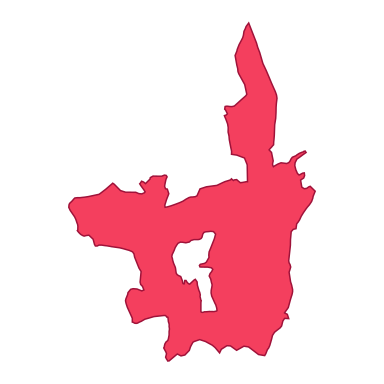 the district of Kafr Al-Shaykh, Kafr ash Shaykh, Egypt
{"feature_id": "37247803B58059087530492", "entity_name": "Kafr Al-Shaykh", "entity_type": "district", "adm_level": 2, "iso_a3": "EGY", "parent_name": "Egypt", "parent_adm1": "Kafr ash Shaykh", "projection": "albers", "projection_center": [30.959, 31.2], "detail": "fine", "context": "isolated", "style": "filled", "palette": "rose", "viewbox_px": 384, "rotation_deg": 0, "n_neighbors": 0, "source": "geoboundaries", "source_scale": "gbopen_adm2", "svg_char_len": 6046}
<svg xmlns="http://www.w3.org/2000/svg" viewBox="0 0 384 384"><path d="M248.7,23.0L246.1,26.5L245.2,28.9L244.0,31.3L243.4,35.3L242.7,37.7L241.5,40.1L239.1,44.6L237.2,49.5L236.9,51.0L235.1,55.5L236.2,61.6L236.8,65.0L237.7,68.6L238.0,71.7L238.8,73.8L244.7,84.5L246.8,94.3L245.8,95.8L241.0,100.0L234.4,106.0L232.0,106.6L229.6,106.5L227.5,106.2L226.3,106.2L225.1,106.5L224.7,109.2L225.6,110.1L227.4,113.8L226.2,115.0L225.3,115.3L224.4,115.6L224.7,116.5L225.8,119.0L227.6,123.9L228.2,127.5L228.1,132.1L229.0,136.0L229.3,139.7L230.7,147.0L231.0,148.5L231.3,149.7L231.6,151.6L231.5,154.3L236.8,155.1L244.5,158.0L247.2,164.8L247.5,181.7L246.9,181.6L242.7,182.4L240.3,182.7L237.3,180.2L236.7,179.6L234.3,179.9L233.4,180.5L231.4,178.8L230.7,179.8L228.0,180.7L225.0,181.6L222.3,182.8L216.9,185.4L214.5,185.7L206.4,186.8L202.7,188.0L200.0,188.9L199.1,191.0L197.0,195.8L195.2,196.7L192.5,197.0L191.0,197.0L190.2,197.2L188.9,197.6L185.8,199.3L183.1,201.1L179.8,202.6L175.9,204.1L171.1,205.8L168.7,206.5L166.9,207.0L166.2,207.1L165.1,207.3L164.8,205.2L166.6,199.4L167.9,196.1L168.8,193.7L167.3,189.1L165.5,188.8L164.6,186.3L165.0,183.9L165.9,179.6L166.5,178.1L167.1,176.9L166.2,175.4L164.4,175.1L161.7,176.2L158.1,176.2L153.0,176.1L150.3,177.6L150.0,179.1L145.5,183.6L143.7,182.1L141.6,181.2L140.2,183.3L139.7,183.8L140.9,185.7L142.7,188.2L143.6,189.4L145.1,191.8L144.5,192.7L141.8,193.9L138.8,193.6L135.8,192.3L133.4,192.3L129.2,192.2L125.6,192.2L121.2,190.8L120.5,190.6L114.2,184.2L112.7,183.2L111.6,184.2L110.3,185.3L105.8,189.2L101.9,192.2L99.1,194.3L88.3,196.6L84.4,197.2L82.3,197.4L79.9,197.7L77.2,197.7L74.8,198.0L73.9,198.9L72.1,201.0L69.6,203.4L69.0,204.9L68.8,207.4L70.2,210.4L74.6,216.8L75.8,219.3L77.0,222.9L77.6,224.4L77.9,226.3L77.8,229.9L77.3,230.6L78.7,232.4L80.5,234.2L81.4,234.8L82.6,235.5L84.1,236.1L86.5,235.5L88.9,235.2L93.1,239.2L94.5,244.4L95.4,246.0L97.2,246.0L99.0,245.1L101.7,245.1L104.1,245.5L105.8,245.7L106.8,245.8L110.4,246.4L111.2,246.6L119.7,247.8L123.3,248.7L127.5,249.9L129.0,250.3L131.4,251.3L132.6,251.9L134.0,254.0L134.6,257.1L139.0,268.1L141.1,271.5L140.1,282.1L140.7,284.5L142.5,286.4L143.9,290.0L141.8,290.9L137.0,289.0L133.1,288.7L130.7,289.3L128.0,292.6L127.7,294.4L125.9,298.9L125.5,300.8L126.1,303.5L127.3,307.2L128.8,310.5L132.3,318.2L132.3,322.1L133.5,322.4L134.3,323.1L136.1,323.4L137.6,323.1L139.2,322.2L141.3,321.3L142.8,320.4L144.9,319.2L148.8,318.1L153.9,316.6L156.6,316.3L163.8,315.5L165.3,315.5L165.6,315.7L166.2,316.2L166.8,317.1L167.7,317.1L168.0,317.7L168.0,318.1L168.4,321.8L168.9,323.2L169.2,324.7L169.1,326.5L169.4,328.4L169.4,329.6L169.1,331.4L169.1,335.0L168.4,338.7L167.8,340.5L166.0,342.0L164.8,344.1L164.5,345.6L164.3,346.2L164.3,347.1L163.8,347.7L163.8,348.1L165.9,352.0L166.5,353.6L166.2,355.1L165.6,357.2L166.5,359.0L167.0,359.6L167.7,361.0L168.8,360.9L169.1,360.9L177.3,354.0L181.0,355.9L184.9,355.0L187.1,352.7L189.3,350.4L190.5,346.8L191.2,345.4L192.9,342.3L194.2,341.5L199.7,339.6L205.5,341.5L212.3,345.2L214.7,347.2L215.4,347.9L219.6,352.9L221.3,349.3L226.9,345.7L230.5,345.9L236.6,350.3L243.9,346.2L248.5,346.9L252.1,349.6L258.1,354.2L258.4,354.5L261.8,355.1L264.7,355.6L265.8,353.7L267.4,349.6L268.6,348.1L269.0,347.2L269.8,345.4L269.9,345.0L270.6,342.6L271.6,339.1L272.5,335.4L274.5,332.3L275.2,331.7L277.2,330.1L279.7,328.2L280.1,327.9L281.6,326.0L282.2,323.7L282.3,323.1L282.8,321.3L282.9,320.9L284.6,318.4L287.2,318.5L288.7,318.6L287.3,314.3L286.1,313.7L284.8,313.1L284.5,312.9L286.4,310.2L287.3,309.0L288.3,307.5L290.4,299.7L290.8,298.4L291.5,296.1L291.8,295.3L292.2,293.8L292.5,292.2L292.6,291.8L292.6,289.5L291.6,285.0L290.6,281.9L290.0,278.1L289.1,272.2L289.9,269.8L290.7,267.0L290.0,264.5L289.1,262.9L288.7,260.8L290.4,245.3L290.5,239.6L291.2,231.7L291.5,231.3L293.3,229.3L296.0,228.7L296.7,223.8L298.2,222.0L299.7,219.6L301.2,216.3L303.4,212.7L306.1,208.8L307.3,207.2L309.4,204.8L311.6,201.5L312.8,198.2L313.1,196.4L315.2,191.2L310.2,186.3L308.7,186.9L307.5,187.8L306.6,188.4L304.2,188.7L301.8,187.1L300.6,180.1L303.7,178.0L304.6,175.6L304.3,172.9L302.8,173.1L301.6,173.7L299.5,174.9L298.9,174.9L297.7,173.7L297.1,172.8L296.5,171.2L295.9,170.0L294.8,165.7L295.1,162.7L296.0,160.9L296.9,159.1L299.9,157.0L302.7,154.9L306.1,152.5L305.1,151.0L304.2,151.3L303.9,151.3L303.3,151.9L302.1,152.2L299.4,153.3L297.0,154.8L296.0,155.7L292.4,157.2L291.2,158.7L290.0,161.1L288.8,162.6L286.7,163.5L284.3,163.2L281.0,162.8L278.0,164.0L275.3,165.5L273.4,166.7L272.6,164.9L272.6,163.6L273.2,160.9L271.5,152.4L269.1,149.9L270.3,148.4L271.5,147.2L272.7,145.7L273.6,144.8L273.7,142.1L274.0,139.3L274.3,135.4L274.7,124.7L275.7,118.4L276.0,112.6L276.1,107.1L276.4,103.2L277.0,98.3L276.5,95.0L275.3,91.6L273.5,87.6L271.5,83.1L268.8,76.6L266.2,70.5L262.9,63.5L259.7,52.5L257.7,47.3L256.5,43.0L248.7,23.0ZM214.3,238.9L210.6,248.3L209.1,251.9L208.8,255.3L209.0,257.4L206.3,262.2L204.5,263.4L200.3,264.3L199.4,265.5L200.0,267.0L204.8,267.1L207.5,267.1L211.4,267.8L212.8,269.3L211.6,271.7L210.1,273.5L209.2,276.0L210.7,279.0L211.5,282.7L211.8,283.6L212.1,284.8L212.1,285.1L211.8,287.2L211.2,290.3L211.1,293.0L211.7,296.0L215.0,303.4L215.8,304.9L216.7,308.0L217.0,310.4L216.7,311.0L214.0,311.6L209.2,311.5L205.9,311.8L204.4,311.8L202.9,312.4L201.7,312.3L201.1,312.0L200.9,311.2L200.9,302.6L201.2,300.5L200.9,300.2L200.0,296.2L200.3,295.0L199.7,292.3L198.9,290.4L197.4,285.2L197.1,281.9L195.3,279.3L194.1,280.0L189.6,284.2L188.4,283.6L187.2,282.4L186.4,281.1L186.0,280.5L185.4,280.5L184.8,280.5L184.2,283.8L183.3,283.8L182.7,282.9L182.4,280.8L180.7,276.5L178.6,275.6L177.1,274.6L176.2,273.1L175.9,271.3L175.6,268.8L175.3,267.3L174.2,264.7L173.6,263.3L172.7,260.3L172.4,258.5L171.8,256.6L172.1,255.1L172.2,254.5L173.1,252.7L174.3,250.0L175.2,247.6L176.7,245.1L178.0,243.3L180.4,242.1L181.0,242.2L182.2,242.2L185.8,242.8L189.4,242.0L190.9,240.5L193.9,239.6L198.1,239.6L199.6,239.3L201.1,238.5L202.0,237.2L202.6,234.8L202.9,233.9L203.3,233.3L203.6,233.0L203.9,232.4L204.2,232.3L205.7,231.8L208.4,231.6L210.8,231.3L213.5,231.6L215.6,234.1L214.3,238.9Z" fill="#f43f5e" stroke="#9f1239" stroke-width="1.5"/></svg>